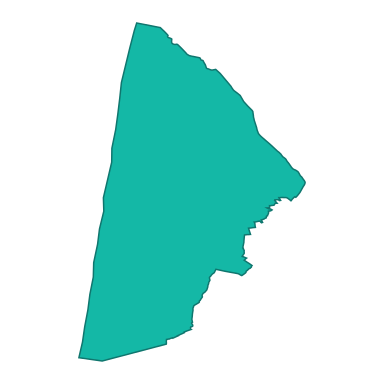 Bergen (NH), Noord-Holland, Netherlands
{"feature_id": "6326949B45779726628378", "entity_name": "Bergen (NH)", "entity_type": "district", "adm_level": 2, "iso_a3": "NLD", "parent_name": "Netherlands", "parent_adm1": "Noord-Holland", "projection": "natural_earth1", "projection_center": [4.7, 52.666], "detail": "fine", "context": "isolated", "style": "filled", "palette": "teal", "viewbox_px": 384, "rotation_deg": 0, "n_neighbors": 0, "source": "geoboundaries", "source_scale": "gbopen_adm2", "svg_char_len": 5639}
<svg xmlns="http://www.w3.org/2000/svg" viewBox="0 0 384 384"><path d="M291.4,167.2L289.1,163.8L288.5,163.1L288.3,162.7L287.6,162.0L287.2,161.5L286.3,160.0L286.1,159.6L285.7,159.0L285.0,158.4L284.1,157.7L283.4,157.2L282.6,156.6L282.5,156.4L281.6,155.2L280.7,153.9L280.3,153.6L279.1,152.4L277.5,151.2L272.6,146.6L270.2,144.4L267.9,142.4L265.8,140.6L261.2,136.6L259.9,135.3L259.1,134.4L258.7,133.8L258.4,133.4L258.2,133.0L258.0,132.3L257.3,130.6L256.9,129.1L256.6,127.6L254.8,122.0L254.3,120.5L253.9,118.6L253.5,117.1L253.4,115.8L252.9,115.9L253.4,115.7L252.8,111.4L252.0,110.3L248.6,106.9L247.6,105.9L244.1,102.0L243.6,101.4L240.5,96.0L240.2,95.5L237.4,93.2L234.2,90.8L233.7,90.3L233.3,89.9L232.9,89.4L232.5,88.7L231.9,87.9L230.9,86.2L230.3,85.5L226.1,80.5L220.3,73.6L219.7,73.0L218.8,72.2L215.7,69.4L212.6,70.0L211.9,70.1L211.5,70.0L210.9,69.9L208.3,68.9L207.0,68.5L206.7,68.4L206.5,68.2L206.4,68.0L205.8,66.2L205.5,65.2L205.0,64.2L204.6,63.6L204.2,62.9L203.5,61.6L203.3,61.1L203.1,60.8L203.0,60.6L202.6,60.4L202.4,60.3L201.5,60.2L201.2,60.0L201.0,59.9L200.9,59.8L200.7,59.4L200.3,58.4L200.1,58.1L199.8,57.9L199.2,57.7L197.9,57.4L196.8,57.2L193.5,56.5L192.9,56.4L192.6,56.4L191.8,56.2L190.8,56.0L189.4,55.6L189.0,55.5L186.9,54.1L186.5,53.8L186.0,53.0L183.8,50.7L181.7,48.5L180.1,46.9L177.8,44.7L177.3,44.4L177.1,44.3L176.8,44.2L176.4,44.3L175.7,44.4L174.3,44.4L173.5,44.2L172.9,43.9L172.6,43.7L172.0,43.2L171.9,43.1L171.7,42.7L171.6,41.5L171.7,39.9L171.8,39.1L171.6,38.9L171.3,38.7L170.6,38.3L170.2,38.2L168.3,37.5L168.0,37.3L167.7,36.9L167.6,36.7L167.6,36.4L167.8,36.0L167.9,35.7L168.0,35.5L167.9,35.4L167.8,35.1L166.6,33.8L164.3,31.4L162.8,30.0L160.3,27.6L136.7,23.0L134.3,30.6L129.9,47.6L125.4,66.1L121.4,82.6L119.8,97.9L117.8,114.3L115.7,129.6L111.9,148.2L111.7,162.2L103.4,197.7L103.8,211.2L99.5,228.9L97.6,244.2L93.7,262.6L93.3,277.1L89.9,294.3L87.9,309.9L84.7,326.8L82.5,342.1L78.9,357.7L102.2,361.0L166.3,344.1L166.4,343.3L166.3,342.8L166.4,342.5L166.4,342.2L166.3,341.7L166.3,341.4L166.3,341.1L166.4,340.7L166.5,339.4L167.1,339.4L167.4,339.3L168.7,339.0L168.8,339.0L169.1,339.1L169.8,338.7L172.5,337.8L172.8,338.2L178.1,335.8L177.8,335.6L184.2,332.7L183.9,332.3L183.9,332.2L184.0,332.1L184.5,331.9L187.0,330.9L191.0,329.5L190.8,329.4L190.7,329.2L190.6,328.6L190.5,328.0L190.5,327.6L190.6,327.2L190.8,326.9L191.5,326.8L192.3,326.4L192.5,326.3L192.6,326.2L192.8,325.9L192.7,325.1L192.6,324.8L192.5,324.6L191.7,323.5L191.6,323.4L191.6,322.9L191.8,322.6L192.5,322.2L192.3,321.4L191.9,319.6L191.9,319.3L192.0,318.1L192.2,316.8L192.3,315.7L192.4,314.2L192.7,312.1L192.9,311.0L193.0,310.3L193.0,310.0L192.9,309.7L193.0,309.2L193.0,308.8L192.9,308.6L192.9,308.4L193.1,307.7L193.2,307.4L193.4,307.2L193.6,306.7L193.6,306.2L193.7,305.9L193.9,305.7L194.5,305.2L195.9,304.4L198.1,303.1L199.0,302.5L199.3,302.1L199.3,301.3L199.3,301.1L199.4,300.9L199.5,300.7L200.0,300.5L200.2,300.3L201.2,298.6L202.1,297.4L202.3,297.1L202.4,296.8L202.2,296.3L202.1,296.0L202.2,295.3L202.3,294.7L202.7,294.0L203.3,293.2L203.8,292.9L204.7,292.3L205.0,292.0L205.2,291.8L206.8,289.9L206.9,289.6L207.7,287.2L207.9,285.6L207.9,285.3L208.6,283.8L208.6,283.6L208.7,282.6L208.8,282.3L209.8,280.5L209.9,280.3L209.9,280.1L209.5,278.2L209.4,277.9L209.5,277.5L209.6,277.2L210.7,276.1L210.9,275.9L211.2,275.3L211.5,275.0L212.2,274.2L212.4,274.0L214.1,272.8L214.3,272.6L215.9,269.3L225.2,271.3L231.7,272.5L234.6,273.0L238.2,273.7L238.3,273.7L241.4,275.5L241.6,275.5L241.9,275.5L243.8,274.2L244.6,273.6L245.5,272.9L245.7,272.7L245.9,272.5L246.1,271.4L246.2,271.2L247.5,270.2L248.8,268.9L249.5,268.5L250.1,268.3L251.0,267.4L251.3,267.2L251.5,266.8L251.5,266.3L251.5,266.1L251.7,265.8L252.0,265.5L249.5,263.7L247.1,262.2L244.2,260.2L246.2,258.3L246.5,258.1L242.5,256.4L242.4,256.4L242.2,256.5L242.1,256.4L243.6,254.3L244.1,253.5L244.2,253.3L244.2,253.2L244.2,252.6L244.1,251.2L244.1,250.9L244.2,250.3L244.1,250.2L243.4,249.2L243.2,248.5L243.1,248.3L242.9,248.1L243.1,248.0L242.9,247.8L243.1,245.8L243.2,245.7L243.9,242.2L243.9,241.2L244.2,237.8L244.5,235.0L245.7,234.8L246.7,234.7L247.2,234.6L248.1,234.6L248.5,234.6L249.1,234.6L249.5,234.5L249.8,234.4L250.5,234.4L248.5,228.2L251.2,227.9L253.2,227.6L253.4,227.6L253.6,227.6L255.4,227.4L255.1,226.0L254.9,223.7L254.7,222.9L254.5,222.3L254.3,222.1L255.6,221.9L259.3,221.1L259.9,221.3L260.4,221.6L260.6,221.8L260.7,222.1L260.8,222.2L261.5,222.8L262.6,222.4L261.3,219.9L262.5,219.6L264.3,218.9L264.3,218.7L266.3,217.8L266.3,217.7L266.3,216.8L266.5,216.2L267.5,215.8L267.5,215.7L267.3,215.6L267.5,215.3L267.8,214.9L267.9,214.7L268.1,214.2L268.4,213.4L268.6,212.9L268.5,212.2L268.4,211.2L269.9,211.0L270.7,210.8L271.1,210.6L271.5,210.3L271.7,210.2L272.1,209.9L271.7,209.6L270.9,209.3L270.7,209.1L269.1,208.8L268.6,208.8L268.4,208.7L266.9,207.9L269.6,207.7L269.5,205.7L270.0,205.8L270.7,205.7L270.9,205.6L274.0,205.2L274.7,204.1L274.8,204.0L275.2,203.3L277.1,203.2L274.6,200.3L274.8,199.8L275.2,199.8L278.4,199.7L278.6,199.9L279.3,200.6L280.6,200.4L278.9,197.6L279.0,197.6L279.5,197.7L282.3,197.4L282.8,197.5L283.0,197.6L283.7,197.5L285.0,197.6L285.9,197.5L286.3,197.6L286.8,197.8L287.0,197.9L287.5,198.1L290.6,200.4L290.6,200.6L290.8,200.7L291.0,200.8L291.4,200.4L291.6,200.1L292.1,199.3L293.3,198.1L294.7,196.8L295.8,197.3L297.3,195.8L299.9,192.5L300.2,192.0L303.2,186.6L303.6,186.0L303.9,185.6L304.6,184.4L304.8,183.7L305.1,182.9L305.1,182.5L305.0,182.0L304.8,181.5L304.2,180.5L303.0,178.9L301.8,177.1L301.4,176.7L300.4,175.8L300.1,175.3L299.3,173.8L298.3,172.1L297.8,171.6L297.0,171.0L296.2,170.5L295.6,170.1L294.3,169.6L293.3,169.1L292.8,168.7L292.2,168.1L291.4,167.2Z" fill="#14b8a6" stroke="#0f766e" stroke-width="1.5"/></svg>